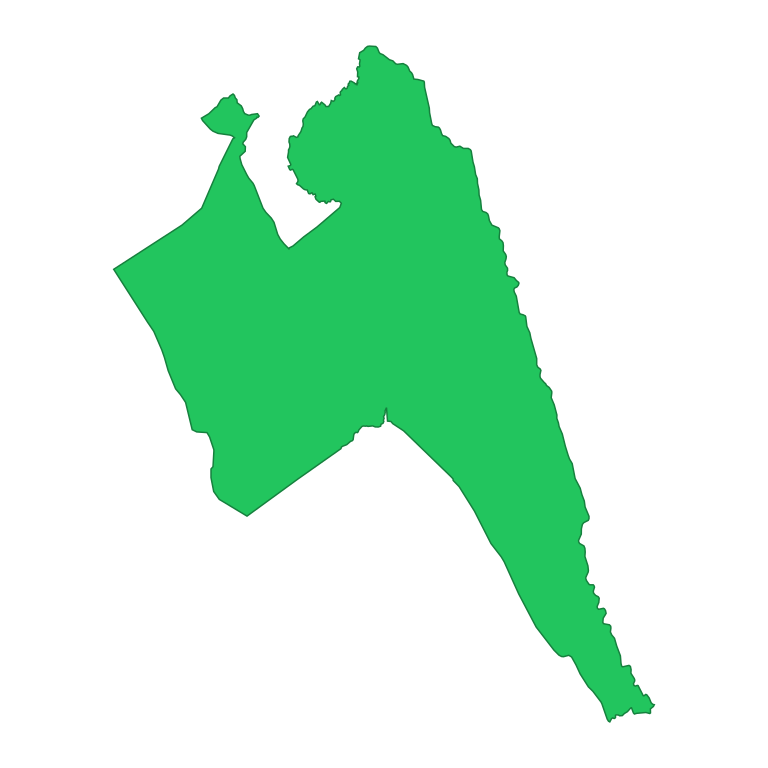 Kibwezi East, Eastern, Kenya (Equal Earth projection)
{"feature_id": "3690345B7491344905793", "entity_name": "Kibwezi East", "entity_type": "district", "adm_level": 2, "iso_a3": "KEN", "parent_name": "Kenya", "parent_adm1": "Eastern", "projection": "equal_earth", "projection_center": [38.226, -2.656], "detail": "fine", "context": "isolated", "style": "filled", "palette": "green", "viewbox_px": 768, "rotation_deg": 0, "n_neighbors": 0, "source": "geoboundaries", "source_scale": "gbopen_adm2", "svg_char_len": 6058}
<svg xmlns="http://www.w3.org/2000/svg" viewBox="0 0 768 768"><path d="M219.3,499.4L247.0,516.1L298.2,478.8L340.9,448.7L341.5,447.0L342.5,446.3L346.7,444.7L350.6,441.3L352.0,440.9L353.1,439.8L353.8,434.7L354.4,433.4L355.9,432.3L357.4,432.6L358.1,431.9L358.9,429.9L361.9,426.5L363.3,426.0L366.0,426.2L366.6,425.9L368.0,426.4L372.7,425.9L375.2,426.9L378.3,427.0L380.6,426.2L381.0,424.3L383.0,423.3L383.8,421.5L383.4,420.1L384.1,418.3L383.5,416.8L384.8,414.4L385.2,412.4L385.1,410.7L386.5,407.6L387.5,421.1L391.0,421.5L392.7,423.6L403.6,430.8L450.5,476.2L453.0,478.8L453.2,480.5L459.1,486.6L474.4,511.0L491.0,543.6L501.2,556.8L504.2,561.8L518.7,593.9L536.2,627.1L554.0,650.2L558.9,655.1L561.5,656.5L563.5,656.7L568.8,655.3L571.6,657.0L576.0,664.9L580.2,674.0L588.4,686.9L592.9,691.3L601.0,702.0L601.9,703.8L607.2,719.1L608.5,721.2L609.8,721.9L611.5,718.7L612.6,717.9L614.2,718.5L614.9,718.2L615.5,717.5L615.5,715.3L616.1,714.9L618.4,715.0L619.6,715.8L622.3,715.6L624.4,713.5L627.4,711.7L630.8,707.9L631.5,707.8L633.4,712.9L634.4,714.0L636.8,713.3L645.9,712.5L649.8,713.5L650.5,712.9L650.4,708.9L653.4,706.5L654.3,704.7L652.7,704.3L651.1,702.7L649.2,698.0L646.8,694.8L645.8,694.4L643.9,695.8L643.2,695.6L638.1,685.6L637.2,685.4L635.5,686.1L633.9,685.5L633.5,683.5L634.7,681.0L634.7,679.8L634.3,678.6L630.9,673.2L631.1,669.7L630.4,666.4L629.0,665.4L622.8,666.8L622.1,666.6L621.6,665.8L621.0,663.4L620.4,655.8L616.7,646.0L614.5,638.3L611.7,634.9L610.4,632.0L610.9,628.0L610.7,626.2L609.4,624.8L603.9,623.8L602.8,622.6L603.2,618.2L606.1,613.4L605.5,610.5L604.4,608.8L603.4,608.3L598.6,609.3L597.4,608.2L597.1,606.5L598.8,602.5L599.2,598.2L598.2,596.7L595.6,595.4L593.6,593.2L593.3,591.2L594.5,587.1L593.9,585.5L593.2,584.8L590.1,584.8L589.0,584.3L586.6,580.8L585.8,578.7L585.8,577.4L588.2,572.0L588.4,570.5L587.9,565.8L584.9,556.4L585.2,552.0L584.9,548.3L583.9,545.9L579.6,543.5L578.7,542.0L578.6,540.3L581.3,534.1L581.4,528.8L582.4,524.4L583.7,522.7L588.3,520.3L589.0,518.7L589.0,516.3L585.1,507.0L584.3,501.0L581.9,494.6L580.2,488.2L575.1,478.5L572.2,463.6L569.5,459.0L568.2,455.5L565.3,446.1L562.3,434.0L559.1,426.6L558.4,422.8L556.8,418.3L556.9,415.0L554.2,404.8L551.2,397.7L551.8,392.9L551.7,391.2L549.2,387.5L546.5,385.5L545.6,383.7L544.2,382.5L540.5,378.2L540.0,376.5L540.0,374.5L540.9,370.4L540.2,369.0L537.8,367.2L536.7,364.8L536.7,358.5L530.9,338.3L529.8,332.8L526.9,326.4L525.7,316.8L525.3,315.9L523.2,314.8L520.2,314.0L519.2,312.5L516.3,296.2L514.3,292.1L513.8,289.7L514.5,288.1L517.0,286.9L518.3,285.2L518.9,283.5L518.7,282.4L516.4,280.5L514.1,277.7L508.3,276.1L507.5,275.6L507.0,274.5L506.9,272.1L507.6,270.4L507.5,268.2L505.2,264.9L504.8,262.5L506.0,258.9L506.3,256.5L505.7,254.5L503.2,250.9L503.4,245.7L503.0,242.6L501.7,240.7L499.4,238.9L499.2,236.9L499.9,230.7L499.1,228.6L498.3,227.8L491.9,225.1L489.4,220.6L488.4,215.6L487.7,213.9L486.0,212.5L482.7,211.4L481.5,209.5L480.6,200.2L479.1,195.1L478.9,189.9L477.5,183.4L477.3,178.6L475.6,174.5L474.4,166.8L473.0,162.1L471.2,151.0L470.4,149.7L468.2,148.4L463.4,148.4L459.9,146.2L456.1,147.1L454.3,146.6L450.9,143.2L450.0,140.2L448.8,138.5L445.7,136.4L442.6,135.6L441.6,133.7L440.5,130.0L439.4,128.0L438.3,127.1L435.1,126.7L432.4,125.4L431.7,123.5L429.6,112.8L429.3,108.1L424.6,87.3L424.3,82.1L423.8,81.1L417.9,79.5L413.9,79.1L412.6,74.6L411.5,72.7L409.8,71.2L408.0,67.0L406.6,65.4L403.1,63.6L397.3,64.3L395.7,63.8L392.9,60.9L389.4,59.7L383.0,54.7L380.0,53.5L379.0,52.1L377.4,48.1L375.8,46.5L369.5,46.1L367.5,46.4L365.3,48.1L363.7,50.3L359.7,52.7L358.5,58.8L359.9,59.6L360.0,60.7L359.5,63.7L359.8,66.2L359.3,66.9L357.6,66.9L356.7,68.8L357.7,71.9L357.5,76.7L358.8,77.0L358.8,78.7L357.5,80.6L357.2,81.7L357.8,82.6L357.1,84.3L356.6,83.5L356.1,84.4L355.5,83.6L354.6,83.6L354.2,82.8L351.0,81.1L349.7,81.3L349.4,83.1L348.5,83.4L348.2,84.5L348.7,85.3L347.6,86.3L347.1,88.2L346.3,88.8L345.5,88.7L344.3,87.5L342.2,89.5L341.9,90.4L340.5,91.7L340.2,92.4L340.5,94.9L339.6,95.5L338.8,94.9L335.7,96.6L334.8,98.2L335.1,99.3L333.9,101.0L333.1,101.3L331.3,100.5L330.6,103.4L328.6,106.5L325.9,106.5L325.0,104.9L321.6,102.2L320.9,102.8L320.1,104.6L319.3,104.8L317.4,101.5L316.4,102.0L314.9,105.7L313.1,106.2L311.0,108.7L309.5,109.4L307.4,112.0L305.1,116.9L303.2,118.9L302.8,120.9L303.3,123.8L303.0,126.5L302.1,127.8L300.9,131.6L298.1,135.8L298.0,136.8L296.3,137.4L293.5,135.8L292.0,136.4L291.3,136.2L290.3,136.5L289.2,138.6L289.0,142.0L289.7,143.9L289.9,146.2L289.5,148.0L288.5,149.9L288.5,152.0L287.6,157.4L290.8,164.4L290.6,165.2L290.1,165.6L288.2,166.2L289.7,169.6L290.5,170.1L292.3,169.3L293.1,169.7L297.7,178.9L298.0,180.1L297.9,181.5L296.5,183.7L297.8,184.8L299.4,185.3L303.6,189.0L305.0,189.7L307.2,190.0L308.6,193.4L309.2,193.8L310.6,193.7L311.2,193.0L312.0,192.8L313.1,194.7L315.1,194.0L315.7,195.5L315.8,196.3L315.1,196.7L315.3,197.5L316.0,199.3L319.1,202.1L319.9,202.3L320.7,201.4L324.3,201.1L325.1,201.3L324.9,202.2L325.4,202.9L326.6,203.4L328.4,201.4L330.0,201.9L330.5,201.6L331.1,199.8L333.4,199.2L335.7,201.4L339.5,201.3L341.3,203.3L339.8,207.5L317.0,227.0L303.8,236.8L293.0,246.0L289.4,247.8L288.9,248.8L284.0,243.8L280.2,239.0L277.7,234.4L274.0,222.3L271.3,218.1L265.9,212.4L263.0,208.2L254.2,185.5L252.9,183.1L248.8,178.2L246.7,174.5L241.8,164.7L240.1,158.7L239.8,156.3L245.2,151.3L245.4,146.7L242.8,143.8L243.2,142.2L245.7,139.4L246.7,136.8L246.7,132.5L253.9,119.9L256.7,118.1L256.9,117.2L258.1,117.3L259.1,116.1L257.5,113.7L251.5,114.5L249.9,115.2L248.2,115.1L244.7,113.6L243.4,111.4L242.7,108.7L241.3,105.9L237.2,102.8L236.9,99.7L235.3,97.9L234.4,95.3L233.0,94.0L230.1,95.8L228.4,98.0L223.6,98.0L220.9,100.1L217.0,106.8L215.1,107.7L208.9,113.7L201.4,118.2L202.6,120.6L210.3,129.1L213.0,131.2L218.0,133.4L230.2,135.1L232.4,136.0L234.5,137.8L232.8,138.9L219.2,166.3L218.5,169.1L201.7,208.2L182.0,225.1L113.7,269.3L147.7,322.4L153.8,331.4L161.8,349.9L164.5,357.7L168.2,370.7L175.6,388.8L180.5,394.7L185.6,402.4L192.2,429.7L196.7,431.9L207.0,432.6L209.6,437.0L213.8,449.6L213.9,450.9L213.0,466.7L211.0,469.0L211.0,477.6L213.7,491.5L219.3,499.4Z" fill="#22c55e" stroke="#15803d" stroke-width="1.5"/></svg>